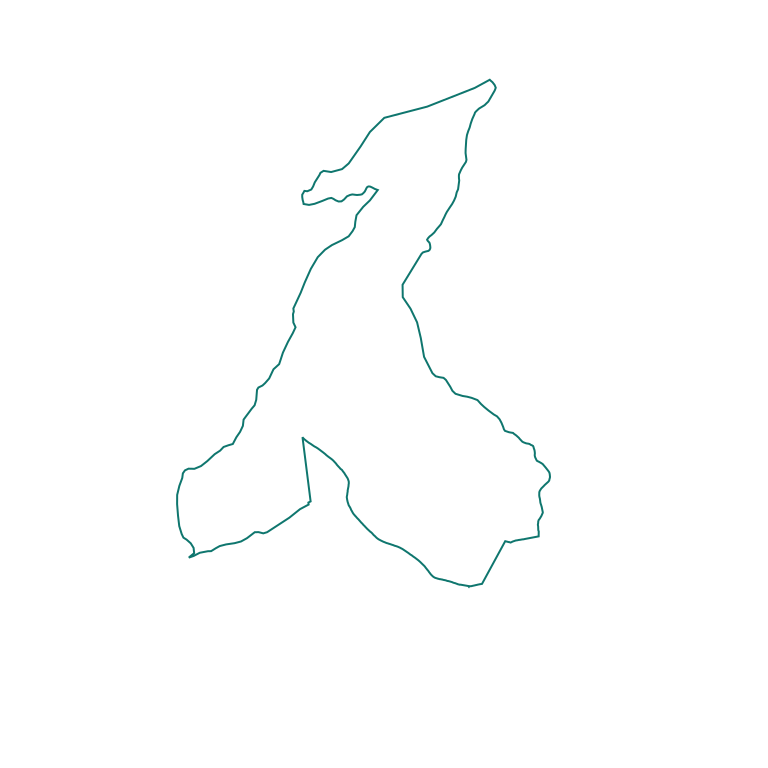 Desrameaux, Dauphin, Saint Lucia (Mercator projection), rotated 146°
{"feature_id": "8701671B79417644951649", "entity_name": "Desrameaux", "entity_type": "district", "adm_level": 2, "iso_a3": "LCA", "parent_name": "Saint Lucia", "parent_adm1": "Dauphin", "projection": "mercator", "projection_center": [-60.926, 14.037], "detail": "fine", "context": "isolated", "style": "outline", "palette": "teal", "viewbox_px": 768, "rotation_deg": 146, "n_neighbors": 0, "source": "geoboundaries", "source_scale": "gbopen_adm2", "svg_char_len": 6154}
<svg xmlns="http://www.w3.org/2000/svg" viewBox="0 0 768 768"><g transform="rotate(146 384 384)"><path d="M341.0,171.2L338.2,175.2L338.1,175.5L337.8,176.6L335.8,179.8L335.2,181.2L333.9,182.6L332.9,183.9L331.7,184.8L330.3,185.2L327.3,186.6L325.9,187.5L324.6,188.3L324.1,188.8L323.2,191.0L322.0,193.9L321.4,195.8L321.0,197.3L320.5,198.6L319.8,199.9L318.8,202.0L318.4,203.2L317.8,204.5L317.0,205.7L315.7,207.5L314.6,208.3L313.0,209.0L312.1,209.4L308.5,210.1L307.3,210.4L302.4,211.1L301.0,211.6L300.0,212.6L298.9,213.5L298.3,214.2L297.0,216.6L296.4,218.2L296.4,220.0L296.7,224.3L297.2,228.9L297.9,230.6L299.0,232.8L299.5,233.6L300.2,235.0L299.7,238.5L299.3,239.8L298.8,240.8L298.2,241.5L297.6,242.3L296.6,244.2L296.1,245.4L295.8,246.8L295.3,248.1L295.1,249.3L295.6,250.4L296.3,251.4L296.9,252.9L297.8,253.9L298.6,254.6L299.4,255.4L301.0,257.7L301.6,258.9L302.2,262.6L302.3,264.0L303.2,267.6L304.1,270.0L304.4,271.3L306.0,272.8L307.4,274.2L309.9,277.5L309.9,279.4L309.2,281.8L308.3,286.2L307.9,290.1L308.4,294.0L310.0,297.3L312.2,303.6L313.8,309.0L314.8,313.3L315.5,318.4L319.1,323.5L322.2,327.0L325.5,330.1L330.2,335.9L331.1,340.1L330.6,344.7L330.5,348.6L330.4,352.8L331.2,355.8L334.2,358.6L336.8,361.5L337.8,365.9L335.6,384.1L327.8,401.5L322.1,416.6L319.9,431.6L319.9,445.5L313.1,455.9L280.2,470.9L278.1,471.3L275.6,470.6L272.7,469.5L271.2,469.7L270.0,470.4L269.2,471.3L268.3,473.0L267.7,474.4L267.3,475.8L267.7,478.3L267.6,479.5L266.1,480.2L263.8,480.8L262.3,480.9L261.5,480.9L257.6,481.5L254.5,482.6L253.4,483.0L250.0,483.9L247.5,484.6L243.4,487.1L240.7,488.6L238.3,490.1L235.7,491.5L230.7,493.6L226.9,495.1L223.4,496.9L219.8,499.2L216.6,502.2L213.7,504.0L207.8,510.7L206.9,512.5L205.5,514.7L204.5,515.9L200.7,518.3L198.1,519.7L191.9,522.3L190.3,523.7L187.2,529.9L185.0,533.0L179.3,540.4L176.0,544.0L172.7,546.6L169.6,548.7L166.5,551.4L162.5,554.4L158.1,557.1L156.8,558.1L155.4,558.5L152.5,559.0L151.1,559.2L144.7,558.9L142.0,559.4L139.6,559.8L128.1,565.4L125.7,567.1L125.1,569.9L125.3,573.5L126.0,576.0L126.2,577.1L143.1,578.7L193.1,589.8L234.9,604.5L254.8,600.8L270.6,594.0L289.9,586.6L298.6,585.6L309.3,589.3L314.9,594.5L318.6,594.6L320.8,593.3L328.6,589.9L332.3,587.4L335.5,585.9L339.8,586.7L342.0,588.6L344.1,587.5L345.9,586.7L347.2,584.8L348.5,582.1L349.2,579.9L350.0,578.2L346.0,574.4L340.8,572.2L332.9,570.3L326.6,569.0L323.6,567.7L322.4,565.8L321.4,563.4L319.6,560.7L317.1,559.2L314.0,559.3L309.7,560.3L306.4,559.7L304.3,558.9L303.0,557.8L302.7,557.5L300.7,555.8L298.0,554.3L296.3,553.6L294.4,553.8L292.3,554.3L290.5,555.3L289.0,556.2L287.5,556.7L286.1,556.3L285.0,555.3L283.8,553.3L282.5,550.8L280.7,548.3L293.0,544.1L302.2,542.5L312.4,539.3L317.0,534.6L320.5,530.4L324.6,528.3L330.7,526.2L338.4,526.7L349.6,528.3L357.8,528.3L368.0,526.2L380.2,520.4L392.9,512.5L402.1,506.2L416.9,497.3L418.3,494.5L420.4,492.8L424.8,485.6L425.6,480.5L431.1,477.2L440.1,472.6L450.3,466.5L455.4,462.5L459.8,459.1L467.4,458.0L476.1,452.8L482.2,451.2L485.6,450.7L490.1,451.3L492.5,450.2L498.8,442.3L503.2,438.7L507.5,437.5L512.9,435.6L516.1,434.5L520.3,433.0L524.4,428.2L530.1,424.8L536.2,422.4L542.9,418.8L547.2,420.2L552.2,421.5L557.1,420.4L563.6,420.5L573.6,418.9L581.6,418.3L588.6,419.7L593.4,423.1L597.3,423.7L600.7,422.4L603.8,418.9L610.6,414.0L617.5,407.7L622.7,400.1L628.4,390.0L633.2,380.7L635.6,372.8L636.2,368.8L634.7,365.4L633.3,360.0L633.5,354.6L636.0,349.9L641.7,349.4L642.9,349.2L638.0,347.9L631.1,347.1L623.4,343.8L620.8,342.1L615.3,341.9L610.8,341.5L604.6,339.3L596.9,335.6L590.6,333.4L583.8,332.8L574.0,333.4L570.8,331.3L567.6,327.7L563.8,326.5L537.2,326.1L523.6,327.2L513.9,326.2L513.0,328.0L510.5,327.7L481.3,385.5L481.3,384.7L481.0,383.1L480.9,382.5L480.5,381.5L480.4,380.9L480.1,379.9L479.8,379.2L479.3,377.6L478.1,375.0L477.4,373.1L477.2,372.7L477.0,372.1L476.4,370.7L476.1,370.3L475.0,367.9L474.1,365.4L473.5,363.6L472.7,361.3L471.8,358.4L471.6,357.3L471.2,356.1L470.9,355.1L470.0,352.6L469.4,350.9L468.9,349.0L468.4,345.8L468.2,344.4L468.3,343.9L467.9,340.9L467.8,340.4L467.6,339.2L467.6,338.7L467.5,338.0L467.3,337.4L467.1,336.9L466.9,336.2L466.9,334.3L466.8,333.9L466.8,333.0L466.7,332.2L466.8,331.3L466.9,326.3L467.1,325.2L467.7,323.0L468.3,322.0L468.9,321.1L469.6,320.4L470.6,319.1L473.7,316.0L474.3,315.1L475.4,314.0L476.3,312.9L478.1,311.1L479.1,309.0L480.0,306.8L480.3,305.8L480.6,304.7L480.9,303.8L481.1,303.0L481.1,301.5L481.2,300.2L481.4,299.0L481.6,298.1L481.7,297.4L481.7,296.1L481.9,295.2L481.9,292.8L481.7,291.7L481.7,291.3L481.6,290.5L481.4,289.8L481.4,289.1L481.3,288.5L481.2,287.8L481.1,287.1L481.0,286.7L480.8,285.8L480.8,285.4L480.5,283.1L480.4,282.0L480.0,280.2L480.0,279.8L479.9,279.2L479.9,278.8L479.5,277.0L479.3,275.3L479.1,274.8L479.1,274.3L478.9,273.2L478.7,272.4L477.9,268.9L477.7,268.6L477.3,266.9L477.0,264.2L476.8,263.9L476.6,263.0L476.3,261.3L476.0,260.1L475.3,258.2L474.9,257.5L474.6,256.9L474.3,256.3L472.8,253.7L471.5,251.8L470.8,250.7L469.9,249.7L469.5,249.1L468.8,248.3L467.0,245.9L466.7,245.6L465.5,243.8L465.1,243.4L464.7,242.9L463.7,241.6L462.5,239.7L461.8,238.5L461.7,238.1L461.3,237.5L461.1,237.2L460.8,236.5L460.2,235.0L459.5,233.3L459.2,232.5L458.3,230.3L457.4,227.6L456.9,226.7L456.2,224.5L455.5,222.8L454.1,218.6L453.5,216.3L452.9,213.3L452.4,211.0L452.2,209.8L452.2,208.9L452.1,207.5L452.0,206.6L452.0,205.9L451.9,205.2L451.8,204.5L451.8,203.5L451.8,202.5L451.7,201.9L451.7,200.9L451.5,199.1L451.3,198.3L451.1,197.2L450.8,196.4L450.3,195.2L449.5,194.1L448.6,193.0L448.0,192.2L447.7,192.0L447.0,191.1L446.1,190.4L445.9,190.1L445.5,189.7L445.2,189.5L444.3,188.4L443.6,187.7L442.7,186.8L441.6,185.3L441.3,185.0L440.7,184.5L440.5,184.2L440.1,183.8L438.3,181.6L437.7,180.6L436.8,179.5L436.3,179.0L435.5,177.8L435.1,177.3L434.6,176.5L433.8,175.7L433.4,175.2L432.7,174.8L432.3,174.4L427.1,169.4L427.0,168.4L426.3,168.7L425.7,168.2L424.5,167.5L423.6,167.2L421.6,166.4L420.8,166.1L420.5,166.0L419.8,165.7L417.9,165.0L417.3,164.7L416.9,164.6L416.1,164.2L414.5,163.5L371.4,185.9L370.6,185.0L369.0,183.2L368.3,182.6L367.9,181.9L366.9,181.6L365.7,181.5L362.3,180.6L360.9,179.9L359.6,179.4L357.8,178.5L356.4,177.9L354.9,177.1L353.8,176.7L341.0,171.2Z" fill="none" stroke="#0f766e" stroke-width="2"/></g></svg>